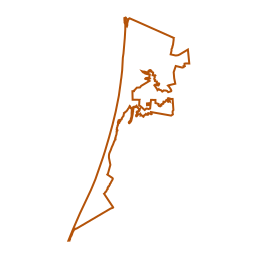 San Francisco del Mar, Oaxaca, Mexico, rotated 88°
{"feature_id": "50627088B36646128750714", "entity_name": "San Francisco del Mar", "entity_type": "district", "adm_level": 2, "iso_a3": "MEX", "parent_name": "Mexico", "parent_adm1": "Oaxaca", "projection": "mercator", "projection_center": [-94.444, 16.207], "detail": "fine", "context": "isolated", "style": "outline", "palette": "amber", "viewbox_px": 256, "rotation_deg": 88, "n_neighbors": 0, "source": "geoboundaries", "source_scale": "gbopen_adm2", "svg_char_len": 5766}
<svg xmlns="http://www.w3.org/2000/svg" viewBox="0 0 256 256"><g transform="rotate(88 128 128)"><path d="M226.8,183.1L207.9,148.2L207.2,145.9L206.8,145.6L192.9,154.2L192.6,153.7L191.5,153.1L190.8,152.1L189.4,151.4L188.8,151.0L188.4,150.5L188.1,150.3L187.4,150.6L185.8,149.7L185.7,149.1L185.1,148.9L184.0,148.1L183.3,148.1L182.4,147.2L181.9,147.1L179.1,145.3L178.3,145.0L177.8,145.0L177.2,145.6L173.8,150.3L172.8,149.6L164.2,146.9L157.0,148.1L154.7,148.0L153.5,147.8L152.3,147.4L149.2,145.9L146.6,144.9L143.9,143.5L140.9,142.3L140.3,141.8L139.8,141.7L139.1,141.3L139.0,140.9L138.3,140.9L138.2,141.1L137.8,141.2L136.7,140.6L135.8,140.5L134.2,139.8L132.0,139.4L131.5,139.6L130.8,139.2L130.5,138.8L130.0,138.6L128.9,138.9L129.7,139.2L129.5,139.4L129.2,139.4L127.8,139.1L127.4,139.1L126.3,138.5L125.3,138.4L124.9,138.0L124.4,137.8L123.7,138.0L123.0,137.7L122.3,137.7L121.9,137.9L121.3,137.6L119.9,137.1L119.8,136.7L120.4,136.8L120.9,137.3L121.2,137.3L121.2,137.1L120.8,137.0L120.7,136.8L120.8,136.5L122.1,137.1L122.3,137.2L122.8,136.8L122.7,136.6L121.8,136.4L120.9,135.5L119.8,135.5L119.5,135.1L119.4,134.4L119.2,134.1L118.6,133.9L118.0,133.8L115.9,132.3L115.7,132.0L114.1,131.8L113.2,131.3L112.9,131.4L112.8,131.1L112.3,130.7L112.3,130.4L110.7,128.5L108.4,126.9L107.6,126.1L107.2,126.1L106.1,125.5L106.4,125.2L108.0,124.8L108.4,124.4L108.5,124.0L108.3,123.7L110.6,123.6L113.3,123.9L114.8,123.9L117.1,124.2L118.9,124.9L119.4,124.9L120.0,125.1L120.6,125.4L121.3,126.2L122.3,127.0L123.2,126.8L123.3,126.6L123.2,126.3L122.3,125.6L121.9,125.1L120.9,124.5L117.7,123.6L113.9,122.7L112.8,122.7L111.8,122.3L110.6,122.3L108.8,121.8L107.3,121.9L107.0,121.5L106.9,121.1L107.4,120.6L107.4,119.9L107.2,119.7L106.9,119.8L106.3,119.0L106.7,119.0L107.2,118.7L107.5,118.3L107.3,118.0L106.9,118.0L107.0,117.8L107.3,117.6L107.8,117.7L108.1,117.6L109.0,116.3L110.1,116.5L110.3,116.0L109.9,115.6L110.3,115.7L110.5,115.9L111.0,116.0L111.1,116.3L111.5,116.4L112.1,116.8L112.3,117.5L111.8,117.8L111.7,118.1L112.5,118.8L113.8,118.4L115.3,118.9L115.4,119.4L115.7,119.5L116.3,119.5L116.6,119.3L116.6,119.0L116.3,118.8L116.3,118.7L115.9,118.4L115.1,117.6L114.5,117.4L114.5,116.8L114.8,115.5L114.5,115.2L115.1,115.1L115.2,114.6L115.5,114.6L116.0,114.8L115.9,113.9L116.2,113.3L116.5,113.1L116.6,112.8L116.5,112.5L117.2,112.4L117.3,112.2L116.4,111.7L115.9,111.0L115.6,111.0L115.0,110.1L114.7,109.8L114.9,109.7L115.3,109.3L115.5,107.9L115.4,107.4L115.1,107.2L114.5,108.0L113.8,107.3L114.1,105.9L114.4,105.3L115.1,104.4L114.8,103.8L112.9,104.3L117.1,84.5L116.0,82.7L113.9,82.9L112.8,82.8L111.6,82.0L100.5,82.4L100.5,84.0L99.9,85.5L99.6,86.6L99.7,87.0L101.3,86.8L101.4,86.0L101.8,85.5L102.2,85.4L102.1,85.5L102.8,85.7L103.2,86.3L103.3,86.9L103.0,87.2L102.0,87.1L101.6,87.4L101.2,88.2L101.2,88.6L101.4,88.8L102.2,89.1L103.3,90.2L103.4,90.8L102.9,91.3L102.9,91.6L103.8,91.9L104.8,91.7L105.1,92.0L105.2,93.3L105.4,93.5L106.1,93.7L105.7,94.1L106.0,94.5L106.3,94.5L106.7,94.2L107.2,94.7L107.5,95.1L107.0,96.4L106.4,96.5L106.1,96.9L105.0,96.7L104.0,99.7L100.9,99.6L100.7,104.0L103.9,104.5L103.9,105.9L104.1,108.2L105.9,108.2L105.6,104.7L109.3,105.2L109.8,106.8L109.3,108.1L109.2,109.0L110.6,110.7L106.9,114.5L105.6,116.1L101.9,115.7L100.7,115.7L100.2,115.5L99.9,122.4L91.4,122.3L91.4,120.8L90.9,120.8L90.2,119.9L88.0,117.8L87.9,114.6L86.4,113.4L81.7,104.9L79.6,107.8L79.5,108.1L79.7,108.7L79.6,109.0L79.4,109.1L78.7,108.4L78.5,106.9L78.7,106.3L79.4,104.8L79.3,104.5L78.7,105.0L78.3,104.8L77.6,105.0L76.5,104.6L76.3,104.7L75.5,104.3L75.2,104.4L74.9,105.3L75.0,106.0L74.7,107.3L74.2,108.9L73.3,110.1L73.0,110.8L72.6,111.3L71.9,111.8L72.1,111.3L72.2,109.7L73.3,106.2L73.3,105.8L72.8,105.7L72.6,105.3L72.5,104.9L72.2,105.2L71.9,105.4L72.7,106.0L71.8,105.6L71.6,105.1L70.9,104.4L70.9,103.4L71.4,103.2L71.9,102.5L72.7,102.4L73.3,101.1L73.6,100.9L74.5,101.0L74.8,101.2L75.5,101.3L75.6,101.5L76.1,101.6L76.2,100.8L76.5,100.5L76.5,100.2L76.2,99.7L76.3,98.9L76.5,98.8L77.0,99.5L78.0,99.6L78.5,99.5L79.4,100.0L79.8,100.1L80.6,99.8L80.9,99.2L81.9,99.5L82.0,99.5L82.4,98.5L82.6,97.5L83.7,97.6L85.1,96.9L85.2,96.5L84.4,95.8L84.5,95.5L84.7,95.3L85.1,95.3L85.4,95.4L86.0,96.1L86.4,96.0L86.6,96.4L86.1,96.9L86.2,97.6L85.9,98.4L85.7,98.6L85.5,99.2L85.7,99.5L86.0,99.6L86.1,100.1L86.3,100.2L87.0,99.6L90.5,97.4L91.2,97.2L90.2,95.9L90.8,95.6L91.3,93.8L92.8,92.5L92.5,91.9L91.7,91.2L91.9,88.8L92.3,87.7L93.6,86.6L93.5,86.2L93.4,86.0L92.9,83.9L92.6,83.5L92.2,83.4L91.0,83.8L88.4,85.4L87.2,86.4L87.1,85.7L86.7,85.8L85.4,79.2L79.8,80.1L73.8,80.4L67.7,78.1L69.5,71.7L69.2,70.3L68.1,70.3L68.1,69.1L67.6,69.2L67.5,69.4L65.7,69.3L65.5,68.3L65.7,64.5L51.7,65.4L56.4,73.9L57.0,75.4L57.2,77.6L57.1,78.3L55.9,82.8L52.2,81.8L50.8,81.8L50.2,81.5L49.5,81.1L48.3,80.7L47.9,80.8L47.2,80.4L46.2,80.1L41.4,79.3L39.9,79.3L39.6,79.1L22.3,114.5L18.9,121.6L18.8,121.9L18.4,122.5L18.7,123.2L19.0,123.7L19.3,123.6L19.8,124.3L19.9,124.1L19.7,123.7L20.3,124.2L21.2,124.4L21.4,124.7L21.8,124.9L22.3,124.8L22.8,124.8L24.0,125.4L24.5,125.1L25.6,125.2L26.3,125.5L26.0,125.7L25.5,125.5L24.9,125.7L24.6,125.5L23.9,125.5L23.2,125.9L22.1,125.9L22.1,126.0L22.4,126.2L24.3,126.2L24.7,126.4L25.2,126.4L25.2,126.7L24.4,126.5L24.1,126.2L23.9,126.6L19.9,126.5L19.0,126.7L18.8,126.7L18.4,125.9L18.0,126.1L18.0,126.4L17.6,126.4L17.5,126.6L17.7,126.9L18.0,127.8L20.2,127.8L21.3,127.7L22.3,127.8L24.4,127.1L25.2,127.1L29.8,127.3L38.3,128.1L53.2,129.9L57.6,130.7L70.1,131.8L77.5,132.9L80.0,133.4L82.2,133.7L95.4,136.0L111.1,139.7L124.0,143.3L137.1,147.4L150.6,151.9L157.0,154.2L178.2,162.4L188.9,167.3L211.4,178.9L228.6,187.1L238.5,191.5L238.5,190.4L237.7,190.2L237.2,189.8L235.7,189.6L235.2,189.2L234.5,189.1L233.9,188.4L232.2,187.6L231.2,187.3L229.5,186.5L228.5,185.8L227.8,185.6L227.4,184.6L226.8,184.0L226.8,183.1Z" fill="none" stroke="#b45309" stroke-width="2"/></g></svg>